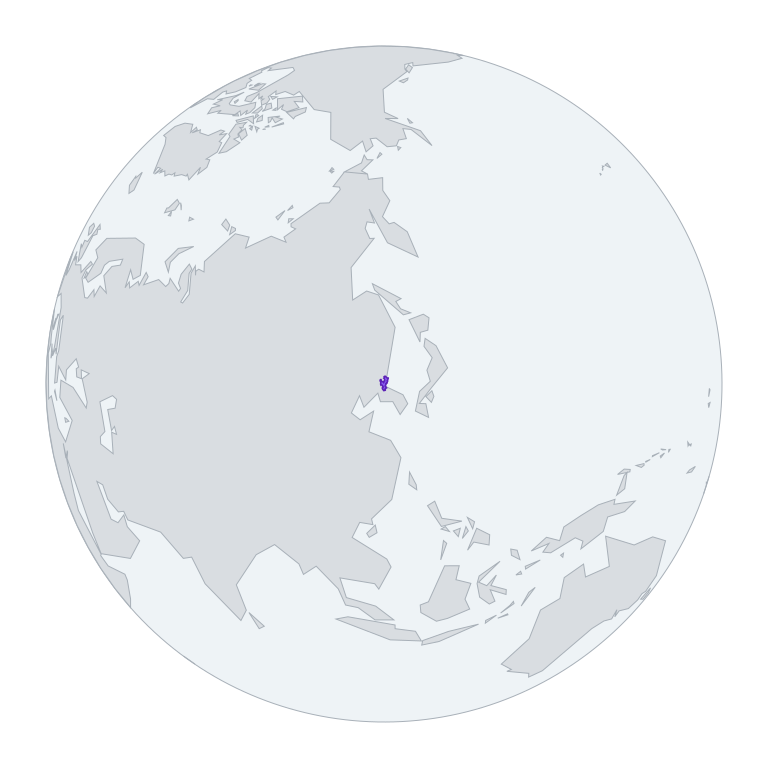 the Earth from above Hamgyŏng-namdo, rotated 323°
{"feature_id": "PRK-3311", "entity_name": "Hamgyŏng-namdo", "entity_type": "Province", "adm_level": 1, "iso_a3": "PRK", "parent_name": "North Korea", "parent_adm1": "", "projection": "orthographic", "projection_center": [127.614, 40.189], "detail": "medium", "context": "on_globe", "style": "filled", "palette": "violet", "viewbox_px": 768, "rotation_deg": 323, "n_neighbors": 0, "source": "natural_earth", "source_scale": "10m", "svg_char_len": 13401}
<svg xmlns="http://www.w3.org/2000/svg" viewBox="0 0 768 768"><g transform="rotate(323 384 384)"><circle cx="384" cy="384" r="338" fill="#eef3f6" stroke="#a8b0b8"/><path d="M641.2,583.3L640.9,584.7L640.6,585.1L641.2,583.3ZM638.7,161.9L638.5,162.1L640.6,164.1L645.1,169.5L640.5,165.7L642.3,170.8L629.1,165.6L598.6,147.4L600.4,144.6L592.9,141.3L590.2,145.0L590.2,148.3L560.6,148.1L547.9,167.2L555.0,180.5L544.7,172.6L565.6,203.7L565.8,222.5L558.8,197.0L552.8,191.4L549.5,201.5L542.7,198.0L537.2,201.2L529.3,196.4L525.7,182.9L520.6,179.8L518.6,187.2L509.4,187.8L513.1,177.1L497.5,177.2L488.7,156.5L505.0,135.1L493.4,122.8L492.4,99.4L485.7,98.9L481.1,90.9L471.7,87.7L474.2,85.0L464.5,84.9L464.1,87.9L459.7,89.1L454.1,87.7L456.3,83.8L459.4,84.0L457.1,82.2L460.6,81.0L455.7,80.8L459.0,76.8L447.5,78.8L443.3,74.0L447.7,72.0L458.0,74.7L493.7,79.5L501.3,79.7L501.8,76.4L480.2,64.1L484.2,63.9L481.8,61.6L474.7,60.1L474.1,61.5L460.3,58.9L461.1,61.8L455.6,61.5L452.1,64.1L441.2,61.3L432.4,57.3L434.7,55.2L430.9,53.8L419.3,54.2L414.6,49.9L395.9,46.9L395.9,46.6L412.8,47.3L436.3,50.2L446.7,51.9L471.1,57.5L495.0,64.8L518.4,73.9L541.0,84.7L562.7,97.2L583.4,111.2L603.1,126.7L621.5,143.6L638.7,161.9ZM434.4,49.9L432.4,49.6L434.4,49.9ZM695.1,347.8L692.3,342.2L695.1,342.0L695.1,347.8ZM689.8,341.5L690.9,342.8L689.8,342.2L689.8,341.5ZM688.5,342.7L689.4,341.8L688.6,343.5L688.5,342.7ZM687.0,345.3L687.7,343.6L687.7,344.1L687.0,345.3ZM683.7,347.2L682.8,347.5L683.2,345.4L683.7,347.2ZM591.3,150.6L590.8,145.5L595.8,143.9L597.1,148.4L591.3,150.6ZM580.8,155.1L578.6,151.3L587.3,154.1L585.8,155.4L580.8,155.1ZM561.6,191.3L562.5,185.9L564.0,192.5L561.6,191.3ZM537.8,202.5L539.7,205.3L536.1,205.9L537.8,202.5ZM458.4,65.7L455.4,64.9L457.6,64.8L458.4,65.7ZM459.8,67.7L464.5,68.2L465.9,69.2L462.9,68.9L459.8,67.7ZM520.6,199.2L514.1,199.6L520.1,196.8L520.6,199.2ZM453.6,67.1L467.7,71.1L470.0,73.1L460.6,73.9L453.6,67.1ZM510.0,198.3L494.3,200.2L497.2,206.4L480.1,190.8L499.1,193.9L506.0,189.2L505.5,194.7L510.0,198.3ZM466.3,89.6L466.6,86.2L471.5,90.4L466.3,89.6ZM470.6,92.1L492.1,105.0L488.9,109.9L482.4,104.3L482.4,112.2L470.3,108.1L467.5,102.9L472.0,100.4L464.0,100.9L470.6,92.1ZM473.1,182.3L468.8,181.1L472.7,179.9L473.1,182.3ZM458.3,89.9L462.9,91.8L460.5,96.1L450.8,93.0L454.7,92.6L458.3,89.9ZM488.4,116.5L484.9,119.4L474.1,116.9L471.3,117.8L469.7,108.5L488.4,116.5ZM452.4,90.9L446.0,91.5L442.0,88.3L453.6,88.4L452.4,90.9ZM464.0,98.6L462.4,100.5L460.1,98.4L464.0,98.6ZM424.4,78.5L430.0,80.2L429.2,82.4L424.4,78.5ZM443.8,91.9L445.2,93.0L445.5,94.2L440.6,94.0L443.8,91.9ZM462.3,107.5L458.5,106.0L462.3,111.2L454.4,109.9L454.8,104.1L451.3,106.0L448.9,105.7L451.9,101.4L462.3,107.5ZM436.5,97.7L434.3,90.6L424.1,86.7L424.5,84.4L440.9,91.2L436.5,97.7ZM445.3,100.2L439.9,98.0L443.2,96.0L448.8,96.3L445.3,100.2ZM448.9,111.2L460.9,114.7L460.4,115.9L448.9,111.2ZM432.9,96.8L433.5,98.6L431.8,96.8L432.9,96.8ZM443.3,107.1L447.6,108.1L446.9,109.4L443.3,107.1ZM431.1,101.6L430.4,99.2L434.2,99.1L431.1,101.6ZM436.2,104.4L434.2,106.0L436.0,100.6L438.2,104.6L436.2,104.4ZM441.9,108.2L442.9,109.3L440.2,107.7L441.9,108.2ZM417.0,103.5L418.4,96.6L426.9,96.4L424.4,103.0L417.0,103.5ZM166.0,125.8L147.0,145.7L142.2,151.2L134.4,157.4L107.3,194.0L111.2,193.3L97.3,223.2L94.9,238.6L113.0,225.5L117.0,199.6L128.3,186.5L133.6,199.6L131.7,224.0L136.0,219.9L146.1,198.2L154.8,198.3L150.7,190.5L145.6,197.7L142.9,193.4L147.4,186.6L150.3,186.7L153.4,178.6L138.9,181.6L132.2,189.3L134.9,174.1L123.9,185.8L121.5,185.0L139.0,165.2L144.2,161.7L169.3,136.1L164.1,138.1L140.0,162.9L143.5,157.8L136.2,162.1L144.5,154.8L172.2,128.6L180.6,117.4L175.8,117.8L209.0,95.0L215.5,91.3L195.2,105.9L201.1,103.4L218.7,93.4L211.1,99.1L215.7,97.2L209.4,103.2L213.6,106.4L209.2,112.6L223.6,109.7L223.3,112.8L214.8,113.4L206.6,117.6L197.0,134.9L198.9,137.0L209.1,134.1L205.2,139.7L216.3,134.8L217.0,144.3L225.4,128.9L237.5,126.4L245.0,130.4L250.5,127.1L238.4,120.7L232.2,120.9L224.5,125.2L208.9,124.7L209.5,119.9L231.4,110.9L234.6,103.5L250.3,100.9L273.4,117.9L276.5,128.1L254.7,150.6L246.6,149.4L250.4,140.3L235.1,151.3L242.0,149.1L238.7,154.2L249.5,154.1L247.8,157.8L261.2,151.8L260.2,156.4L251.7,160.1L266.9,165.0L268.3,174.8L272.6,174.3L276.8,170.9L275.8,186.3L279.0,185.3L280.6,179.7L288.0,174.3L300.7,171.1L299.7,176.6L294.9,178.4L283.5,191.2L271.0,196.1L271.9,198.1L282.4,195.2L296.5,179.5L304.4,176.1L298.9,183.8L301.5,180.7L305.1,180.8L307.7,186.2L314.3,178.1L355.6,174.5L364.7,185.5L355.2,192.1L382.9,198.1L391.1,211.8L392.5,206.5L406.8,206.9L404.4,202.5L406.2,200.0L441.7,201.1L449.2,206.3L466.1,202.4L466.9,199.9L462.2,195.7L480.1,190.8L497.2,206.4L494.7,211.2L507.1,218.4L499.5,228.7L499.0,241.1L483.5,249.4L484.5,259.2L489.3,261.0L494.2,276.4L487.6,303.1L471.8,273.3L477.4,235.3L473.3,249.7L468.0,244.3L462.6,248.4L460.2,259.2L463.8,261.7L427.8,271.2L409.5,298.1L426.1,299.3L433.2,309.6L427.0,345.4L383.6,386.5L392.7,404.0L391.1,414.0L378.5,418.1L380.4,403.4L370.5,396.0L373.6,387.6L354.0,390.5L357.4,378.6L340.5,387.5L343.4,398.2L359.4,399.4L343.2,413.1L355.4,433.0L353.2,453.0L320.7,480.9L292.9,484.2L290.5,489.6L281.3,479.9L266.2,487.4L280.9,525.5L279.5,534.4L256.4,544.7L256.4,537.9L232.1,512.3L225.4,531.9L243.7,556.4L249.9,578.3L234.9,567.0L228.8,547.1L220.3,537.4L224.2,520.0L220.2,488.7L205.1,487.6L207.8,476.5L200.0,446.4L179.2,443.4L145.2,455.5L137.9,481.8L127.4,486.8L120.9,435.9L126.2,406.5L118.8,402.5L116.5,367.9L97.6,338.4L99.5,329.0L94.9,326.3L94.0,309.7L98.7,295.2L96.1,289.0L84.7,327.7L88.1,334.7L97.4,332.0L93.1,343.5L94.5,362.2L76.5,370.7L56.0,349.3L61.7,327.8L86.2,252.6L89.8,248.6L90.2,248.0L91.0,246.6L85.3,251.8L92.1,238.4L70.7,284.7L63.8,301.1L55.6,349.8L54.5,350.5L54.2,363.3L62.6,380.0L61.0,386.1L52.2,403.2L47.1,410.0L46.1,385.4L46.9,360.8L49.5,336.3L53.8,312.1L59.9,288.3L67.7,265.0L77.2,242.3L88.4,220.3L101.1,199.2L115.3,179.1L130.9,160.1L147.8,142.3L166.0,125.8ZM121.7,261.3L125.7,276.7L137.5,258.6L140.1,263.3L143.2,255.7L138.4,257.2L148.0,238.1L154.7,241.5L161.2,235.3L160.2,229.9L146.4,227.2L132.5,254.0L125.8,255.3L121.7,261.3ZM404.6,46.7L396.8,46.5L400.8,46.5L400.1,46.5L404.6,46.7ZM423.2,48.4L429.8,49.2L428.4,49.0L422.7,48.3L423.2,48.4ZM247.8,83.8L241.3,87.0L237.4,87.2L243.1,81.6L248.9,81.0L247.8,83.8ZM233.0,91.8L253.2,85.7L250.5,89.7L248.6,88.3L244.8,91.6L240.7,90.4L218.3,101.1L213.4,102.1L226.7,89.8L225.1,92.9L231.5,89.2L233.0,91.8ZM309.7,70.1L318.4,69.4L301.1,78.6L295.0,78.3L300.3,72.1L310.7,68.8L309.7,70.1ZM434.3,68.5L438.7,69.0L438.1,69.9L433.9,70.2L434.3,68.5ZM427.0,79.1L414.2,67.7L418.7,67.5L405.8,62.1L412.6,59.7L420.6,63.2L416.2,57.8L426.2,59.9L421.9,56.6L439.2,64.5L448.0,66.8L435.6,64.9L429.2,66.9L429.1,68.5L435.3,75.0L451.1,81.9L447.2,85.6L440.3,86.5L435.9,85.3L439.8,83.1L431.2,83.3L433.4,79.3L427.0,79.1ZM361.6,104.4L367.9,100.5L351.0,103.6L353.2,98.2L351.1,98.9L348.4,95.0L341.5,91.7L344.1,89.5L340.3,89.3L338.5,86.9L334.2,86.0L337.2,81.9L332.2,80.5L336.5,79.4L327.0,78.3L335.4,77.3L333.8,74.8L326.5,77.1L353.4,60.8L358.2,56.0L357.6,52.9L372.2,52.6L382.0,55.9L387.6,61.5L380.9,66.7L388.7,66.1L387.8,68.6L382.0,68.0L390.4,70.5L388.1,72.5L393.1,79.8L406.6,83.0L408.8,86.1L402.3,85.9L409.0,89.3L398.3,91.2L399.6,93.6L390.4,98.4L377.3,97.3L379.8,100.1L372.9,104.4L361.6,104.4ZM414.1,104.6L397.9,103.6L391.1,100.4L410.0,93.6L410.3,91.1L422.1,87.4L431.7,92.3L427.4,92.8L425.5,94.6L423.3,92.3L423.6,95.4L417.8,96.4L416.4,99.2L411.5,98.0L414.1,104.6ZM143.2,152.0L140.6,155.4L138.0,159.8L133.5,163.0L143.2,152.0ZM161.8,133.8L160.4,135.9L152.6,141.7L155.3,138.5L161.8,133.8ZM166.3,132.5L160.9,135.6L165.4,132.0L166.3,132.5ZM214.2,115.4L213.6,117.9L210.9,119.1L208.2,118.9L214.2,115.4ZM311.8,115.2L316.5,112.8L317.9,113.7L330.0,112.2L329.4,116.5L321.8,119.1L311.8,115.2ZM109.9,224.1L106.7,223.0L108.7,218.9L109.4,220.0L109.9,224.1ZM117.6,190.8L112.7,200.5L116.5,191.5L117.6,190.8ZM313.1,119.7L318.1,118.4L314.7,121.4L313.1,119.7ZM329.5,119.6L326.6,123.1L330.7,116.8L329.5,119.6ZM60.7,482.4L60.2,480.7L64.5,494.0L60.7,482.4ZM333.9,639.5L344.4,641.9L344.1,642.9L333.9,639.5ZM322.9,634.0L334.7,636.3L321.0,636.0L322.9,634.0ZM339.3,637.1L351.3,636.6L356.5,635.5L355.7,637.6L339.3,637.1ZM315.0,632.7L273.1,622.8L257.0,615.2L260.5,612.2L286.6,620.4L315.0,632.7ZM259.2,611.7L234.9,592.0L204.2,542.8L215.1,548.2L247.8,583.1L245.6,586.1L260.3,600.4L259.2,611.7ZM319.2,604.6L317.0,615.3L293.6,609.4L283.1,605.0L275.9,588.7L279.9,582.3L288.4,584.7L323.0,565.7L334.7,574.4L323.7,583.6L333.4,595.5L319.2,604.6ZM138.6,485.2L142.6,505.4L137.1,504.3L138.6,485.2ZM338.2,549.0L323.4,558.6L337.3,544.8L338.2,549.0ZM347.2,534.8L347.5,541.2L342.3,534.2L347.2,534.8ZM288.9,498.6L279.9,497.6L280.3,492.9L292.1,491.4L288.9,498.6ZM351.4,469.7L349.1,483.8L346.5,488.2L343.5,479.0L351.4,469.7ZM314.8,159.7L298.6,156.5L286.6,158.2L279.1,164.9L282.7,154.6L301.3,151.9L314.8,159.7ZM350.6,171.8L357.1,166.7L359.0,170.4L357.7,172.0L350.6,171.8ZM351.2,167.7L350.3,159.0L357.0,157.1L356.4,164.3L351.2,167.7ZM331.0,137.7L326.3,136.3L329.2,133.8L331.0,137.7ZM461.4,711.8L459.5,710.3L474.2,707.2L469.4,709.8L461.4,711.8ZM573.2,664.0L580.6,658.7L582.4,656.3L583.1,656.9L588.1,653.3L573.2,664.0ZM402.7,704.4L337.9,708.3L323.1,705.1L325.5,702.2L309.2,687.4L313.9,688.6L309.1,678.3L346.6,674.8L373.0,658.7L395.4,661.2L411.4,647.1L435.0,647.9L428.8,659.4L454.2,665.3L469.4,638.9L486.9,663.1L506.6,667.8L514.5,678.6L486.2,701.0L468.2,707.0L463.8,706.7L456.6,709.1L444.0,710.4L435.3,706.7L428.2,708.8L434.2,704.4L424.4,708.6L417.0,705.6L402.7,704.4ZM572.4,637.5L576.3,636.5L583.1,637.2L576.7,639.3L572.4,637.5ZM631.2,594.7L633.3,595.0L629.1,598.3L631.2,594.7ZM640.6,585.1L635.6,589.5L641.2,583.3L640.6,585.1ZM591.2,616.3L593.3,616.8L591.7,618.1L591.2,616.3ZM589.5,616.5L591.7,613.1L591.6,615.6L589.5,616.5ZM570.0,609.8L572.2,607.7L573.3,608.4L570.0,609.8ZM359.9,643.9L374.3,637.5L382.4,637.4L359.9,643.9ZM566.5,607.9L560.7,609.5L561.2,607.8L566.5,607.9ZM566.7,604.3L565.9,602.4L569.8,606.2L566.7,604.3ZM555.3,602.8L562.6,604.6L554.6,603.5L555.3,602.8ZM551.2,604.5L546.1,604.0L546.4,603.3L551.2,604.5ZM495.2,618.5L514.2,628.6L499.4,630.7L482.6,624.8L470.4,633.7L442.0,634.2L448.3,629.2L444.2,621.9L415.5,619.1L409.7,613.9L419.8,610.6L401.1,606.0L421.5,604.2L430.0,614.8L441.6,606.4L462.2,607.6L482.4,609.5L499.1,615.1L495.2,618.5ZM422.0,627.0L425.6,627.1L422.5,630.0L422.0,627.0ZM536.3,600.8L543.7,604.0L542.9,605.4L539.3,605.5L536.3,600.8ZM502.9,612.8L520.7,601.6L524.9,600.9L513.2,612.5L502.9,612.8ZM516.1,596.8L524.6,596.5L529.2,600.4L527.5,602.1L516.1,596.8ZM380.4,615.8L379.6,618.6L374.4,615.9L380.4,615.8ZM387.1,614.6L402.9,618.6L385.7,617.0L387.1,614.6ZM340.3,599.2L344.7,606.9L358.8,604.2L348.1,609.3L357.9,621.8L354.8,625.5L345.0,612.2L341.9,624.2L335.7,623.1L332.1,611.8L338.2,599.4L344.4,594.6L370.0,595.4L340.3,599.2ZM386.9,606.1L382.7,597.5L385.9,592.1L390.3,596.9L386.9,606.1ZM371.0,575.8L360.6,564.3L350.7,567.0L371.2,555.0L377.7,568.0L371.0,575.8ZM362.9,552.1L353.6,554.5L363.6,547.2L362.9,552.1ZM351.5,550.6L351.0,543.1L358.1,545.1L351.5,550.6ZM367.7,553.0L370.3,540.7L373.4,548.5L367.7,553.0ZM349.3,526.0L363.7,540.4L344.1,532.3L345.5,507.4L354.0,508.1L349.3,526.0ZM410.8,427.2L409.9,419.3L418.2,418.2L416.4,423.9L410.8,427.2ZM444.5,409.4L420.1,415.4L400.5,420.8L405.6,424.9L399.5,437.5L392.8,424.5L408.0,411.3L422.6,409.7L426.6,398.8L438.3,392.0L438.6,378.0L444.3,372.3L448.6,384.7L444.5,409.4ZM438.0,372.1L442.7,347.7L457.4,351.9L459.8,358.2L451.4,367.4L444.1,364.6L438.0,372.1ZM448.1,343.2L441.1,340.4L433.1,303.4L435.1,296.9L449.0,326.1L443.1,325.2L442.5,333.9L448.1,343.2ZM469.2,184.1L468.9,181.4L471.9,183.9L469.2,184.1ZM404.5,197.6L407.4,194.7L410.9,197.4L404.5,197.6ZM417.4,188.4L411.4,187.4L418.2,186.2L417.4,188.4ZM398.1,185.7L409.3,185.9L398.0,189.1L398.1,185.7Z" fill="#d9dde1" stroke="#a8b0b8" stroke-width="1"/><path d="M390.9,381.7L390.6,382.3L390.1,382.4L389.6,382.9L389.1,383.1L388.8,383.1L388.7,383.3L388.6,383.2L388.5,383.3L388.5,383.5L388.7,383.9L388.6,384.0L388.4,384.0L388.2,384.1L387.9,384.3L387.7,384.5L387.4,384.5L387.2,384.9L386.9,384.6L386.8,384.8L386.4,385.0L385.8,384.8L385.7,385.0L385.5,385.3L385.3,385.2L385.2,385.7L384.8,385.8L384.4,386.0L384.2,386.3L384.0,386.1L383.8,386.3L383.6,386.6L383.5,386.8L383.5,387.2L383.7,387.3L383.8,387.5L383.6,387.8L383.6,388.0L383.8,389.0L383.7,389.2L383.7,388.8L383.4,388.4L383.2,388.6L381.8,388.6L381.7,388.7L381.6,389.3L381.3,389.4L381.4,389.7L381.3,389.8L380.9,389.7L380.8,389.3L380.5,389.4L380.4,389.2L380.0,389.2L379.8,389.1L380.0,388.3L379.7,387.8L379.9,387.5L379.9,387.1L380.1,386.9L379.9,386.7L380.2,386.1L380.6,385.9L381.1,385.9L381.2,386.1L381.6,386.0L381.7,385.7L381.6,385.4L381.5,385.0L381.6,384.9L381.6,384.7L382.0,384.3L382.0,384.2L381.8,384.0L381.7,383.7L381.5,383.2L381.3,383.1L380.8,383.1L380.9,382.7L381.2,382.4L381.2,382.0L381.6,381.6L382.0,381.5L382.2,380.9L382.9,380.5L382.9,380.3L382.6,380.0L382.6,379.6L382.9,379.2L383.0,378.8L383.5,378.8L383.6,378.4L384.0,378.4L384.2,378.5L384.3,378.6L384.2,379.2L383.9,379.3L384.0,379.7L383.6,380.2L383.8,380.3L383.9,380.6L384.0,381.0L384.4,381.6L384.7,381.7L384.6,381.8L384.6,382.1L384.5,382.4L384.5,382.7L384.9,382.6L385.3,382.2L385.6,381.8L386.0,381.6L386.4,381.9L386.6,381.7L387.1,381.1L387.2,380.8L387.3,380.6L387.4,379.7L387.3,379.2L388.0,379.1L388.2,378.8L388.5,378.6L388.5,378.2L389.1,378.2L389.5,378.4L389.8,378.7L389.9,378.9L390.0,379.2L389.8,379.6L389.9,379.9L389.8,380.1L389.8,380.3L390.1,380.6L390.1,381.0L390.5,381.3L390.5,381.6L390.9,381.7Z" fill="#8b5cf6" stroke="#5b21b6" stroke-width="1.5"/></g></svg>